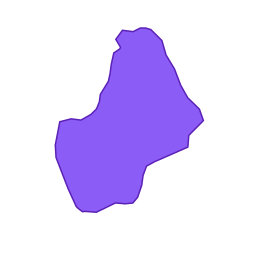 the border of Divaca, rotated 213°
{"feature_id": "SVN-1025", "entity_name": "Divaca", "entity_type": "Municipality", "adm_level": 1, "iso_a3": "SVN", "parent_name": "Slovenia", "parent_adm1": "", "projection": "albers", "projection_center": [14.026, 45.685], "detail": "fine", "context": "isolated", "style": "filled", "palette": "violet", "viewbox_px": 256, "rotation_deg": 213, "n_neighbors": 0, "source": "natural_earth", "source_scale": "10m", "svg_char_len": 682}
<svg xmlns="http://www.w3.org/2000/svg" viewBox="0 0 256 256"><g transform="rotate(213 128 128)"><path d="M145.2,44.5L172.2,64.0L179.7,74.1L188.6,96.1L180.7,104.7L171.8,109.0L166.5,119.1L164.8,126.9L166.3,134.4L169.5,141.1L169.9,156.5L172.7,163.9L176.7,172.3L180.8,183.2L178.0,189.8L178.2,191.6L186.5,195.7L185.9,206.9L176.2,211.6L172.1,218.6L167.8,221.4L162.5,223.0L147.2,219.8L135.8,209.9L121.3,202.9L107.0,192.5L94.4,185.9L78.4,182.7L68.8,175.3L73.0,154.9L67.4,144.6L87.5,114.0L91.7,106.1L89.5,96.3L85.3,87.5L82.2,75.1L83.1,67.7L89.1,62.9L97.7,58.3L108.7,40.1L118.7,34.6L120.6,33.0L126.0,33.4L128.7,34.0L145.2,44.5Z" fill="#8b5cf6" stroke="#5b21b6" stroke-width="1.5"/></g></svg>